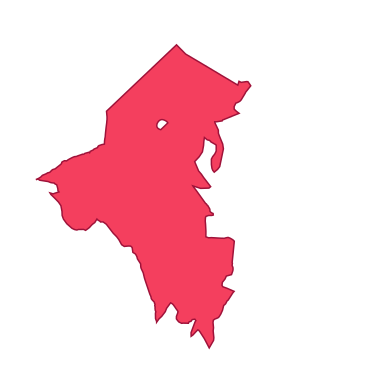 Isangi, Orientale, Democratic Republic of the Congo, rotated 314°
{"feature_id": "63176286B30130216174864", "entity_name": "Isangi", "entity_type": "district", "adm_level": 2, "iso_a3": "COD", "parent_name": "Democratic Republic of the Congo", "parent_adm1": "Orientale", "projection": "mercator", "projection_center": [24.08, 0.36], "detail": "fine", "context": "isolated", "style": "filled", "palette": "rose", "viewbox_px": 384, "rotation_deg": 314, "n_neighbors": 0, "source": "geoboundaries", "source_scale": "gbopen_adm2", "svg_char_len": 4504}
<svg xmlns="http://www.w3.org/2000/svg" viewBox="0 0 384 384"><g transform="rotate(314 192 192)"><path d="M190.7,74.4L187.0,78.7L185.0,80.6L183.7,81.6L182.5,82.6L178.6,85.5L174.1,89.0L171.3,91.3L169.6,92.4L168.4,93.3L168.0,93.6L165.6,95.7L164.3,94.8L164.2,94.7L163.3,94.1L162.0,93.5L160.7,92.8L159.5,92.7L158.6,93.1L158.3,93.2L155.5,92.0L154.9,91.7L153.6,91.7L150.9,90.7L150.4,90.5L149.9,90.8L149.1,91.1L149.0,90.6L148.8,90.1L146.2,88.6L145.4,88.1L144.1,87.9L143.1,87.2L143.0,86.8L142.3,86.6L140.2,85.5L138.6,84.7L137.2,84.1L135.8,82.9L134.3,82.2L131.5,81.2L129.2,80.5L127.3,80.2L125.9,78.5L124.7,78.1L123.6,77.7L123.1,77.7L122.9,77.7L122.7,77.9L121.8,78.3L120.8,78.4L115.5,77.7L113.7,77.5L111.1,76.1L108.7,76.0L107.3,76.0L106.8,75.7L105.6,74.9L103.5,74.3L100.1,72.8L99.1,72.8L97.7,72.8L95.3,72.2L93.1,71.3L93.0,71.5L94.4,72.3L94.5,73.2L94.6,73.8L94.7,74.3L99.6,81.3L100.7,84.0L102.7,86.7L102.7,86.8L102.6,87.7L103.2,89.7L101.4,92.8L100.9,93.5L99.9,94.6L99.8,95.1L99.6,96.2L95.1,93.8L94.2,93.4L92.7,90.5L92.2,92.3L92.2,97.1L92.0,102.9L91.4,105.9L91.1,107.2L87.7,112.0L84.9,114.9L83.2,118.4L82.8,120.7L82.2,124.0L82.5,130.9L83.4,133.6L83.9,134.4L84.7,135.6L86.1,136.3L86.8,137.0L89.8,140.0L90.5,142.1L93.1,142.6L95.3,142.9L97.6,142.8L99.5,142.8L102.5,143.3L106.5,142.4L106.4,143.4L106.4,143.7L106.6,144.3L106.7,144.8L107.0,146.1L107.0,146.3L107.0,146.5L106.9,147.0L108.7,148.8L109.3,152.8L107.6,164.1L107.5,168.9L106.9,172.5L105.2,178.0L105.8,181.1L106.9,182.0L109.0,183.8L110.5,185.5L110.5,187.5L107.5,191.4L108.1,194.4L107.9,195.2L107.2,197.3L106.0,199.2L104.6,205.0L104.2,205.4L103.9,205.7L102.7,207.0L102.3,207.5L102.2,207.7L101.7,208.5L100.0,213.0L97.0,217.7L95.4,220.7L89.6,231.9L89.0,233.1L88.7,234.0L88.1,235.3L87.0,236.8L86.7,238.4L86.6,241.0L86.5,241.6L85.8,242.5L85.6,243.4L85.2,243.6L84.6,243.9L84.0,244.7L84.0,244.9L83.5,245.6L83.0,245.8L81.4,247.7L80.7,249.2L79.7,249.7L79.3,250.0L75.6,253.7L74.2,256.6L74.0,256.8L73.8,257.0L77.7,256.4L81.5,256.6L87.4,255.9L90.7,254.5L97.4,253.6L97.9,255.4L97.9,256.8L97.5,259.1L96.9,261.9L96.4,264.8L95.2,265.7L91.7,267.2L89.9,268.9L89.5,271.1L89.4,273.0L89.5,273.2L90.3,275.7L91.6,276.8L95.1,280.6L95.7,280.3L95.9,280.3L96.1,280.2L96.8,280.2L98.2,281.1L100.4,280.8L102.5,282.4L102.2,284.1L100.5,284.5L90.2,289.0L87.6,291.6L89.8,292.0L93.9,291.9L96.8,291.9L97.2,292.8L97.0,294.6L95.1,302.7L91.8,312.7L100.2,310.6L101.0,310.0L102.4,308.9L106.8,303.7L109.3,301.8L112.7,297.8L114.6,296.4L115.2,296.5L116.2,296.6L118.2,297.5L119.6,298.1L121.0,298.2L124.2,297.5L128.1,296.1L132.4,293.6L133.8,293.8L134.0,293.8L135.0,293.8L135.4,293.7L137.9,292.9L138.8,293.0L139.5,293.1L141.4,292.7L145.5,291.9L147.3,291.5L149.8,291.3L147.0,283.9L145.3,280.1L145.6,278.5L148.1,276.6L152.3,276.2L155.4,275.1L160.0,277.8L163.7,276.1L164.8,275.3L165.0,275.1L166.0,274.1L166.7,272.7L166.8,272.3L167.0,271.9L167.3,271.7L167.9,271.2L168.9,270.5L169.0,270.0L169.9,269.3L184.1,258.1L186.0,256.6L186.0,254.5L185.3,251.6L184.4,249.5L182.7,248.3L181.0,247.3L179.8,245.9L179.2,245.3L172.6,237.6L170.6,235.8L169.4,233.1L173.4,229.3L177.8,224.6L178.6,223.7L180.3,221.7L183.0,219.4L184.2,219.0L186.6,220.2L189.0,222.6L190.2,223.3L191.2,222.1L190.7,220.8L190.5,219.4L190.5,219.1L190.6,218.4L191.9,216.9L192.1,216.6L193.2,212.8L193.1,211.8L193.1,211.7L193.4,210.7L193.2,209.7L196.2,193.2L196.6,190.0L197.0,188.4L200.6,195.7L206.6,201.5L208.8,201.7L210.5,190.3L211.1,187.4L211.3,186.6L211.7,182.2L215.7,172.8L222.2,172.7L228.1,171.6L233.5,168.0L236.7,165.3L239.8,163.1L240.1,166.7L240.5,167.4L240.7,167.7L241.3,168.8L241.3,170.0L241.2,170.2L241.2,170.9L242.4,175.6L242.5,176.9L238.2,181.0L235.1,182.0L231.8,182.3L229.1,183.1L225.2,186.9L222.9,189.9L222.0,191.9L221.7,194.2L226.0,194.7L229.5,194.3L244.9,184.6L245.4,183.9L247.8,180.8L251.3,172.8L252.6,170.2L254.8,168.0L257.7,160.4L258.3,159.6L259.6,160.9L264.1,164.3L264.6,164.1L265.0,164.0L281.3,171.2L280.9,168.0L280.9,164.8L282.7,163.0L286.4,161.8L288.0,162.6L290.5,163.4L292.4,163.4L299.9,161.7L300.9,161.3L309.2,160.5L309.7,158.3L310.2,155.6L309.3,154.5L305.0,151.2L304.3,148.9L300.7,150.7L297.0,134.9L296.3,132.0L292.8,116.9L286.8,91.6L287.1,78.8L287.1,78.6L286.0,78.6L282.3,78.4L249.9,77.0L225.1,75.9L218.1,75.6L208.8,75.2L190.7,74.4ZM215.1,126.2L214.6,125.2L214.1,123.4L214.5,121.5L215.3,120.5L216.9,119.4L218.4,119.0L219.7,118.8L221.7,119.1L222.7,119.6L223.6,120.5L224.1,121.3L224.7,122.7L225.1,124.4L225.1,125.8L224.9,126.6L224.0,126.6L216.3,126.3L215.2,126.3L215.1,126.2Z" fill="#f43f5e" stroke="#9f1239" stroke-width="1.5"/></g></svg>